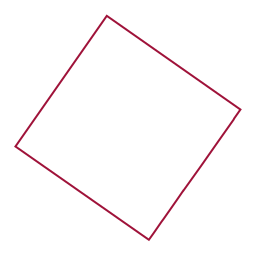 the district of Sherman, Texas, United States of America, rotated 125°
{"feature_id": "52423323B51722927782830", "entity_name": "Sherman", "entity_type": "district", "adm_level": 2, "iso_a3": "USA", "parent_name": "United States of America", "parent_adm1": "Texas", "projection": "mercator", "projection_center": [-101.861, 36.278], "detail": "fine", "context": "isolated", "style": "outline", "palette": "rose", "viewbox_px": 256, "rotation_deg": 125, "n_neighbors": 0, "source": "geoboundaries", "source_scale": "gbopen_adm2", "svg_char_len": 383}
<svg xmlns="http://www.w3.org/2000/svg" viewBox="0 0 256 256"><g transform="rotate(125 128 128)"><path d="M48.3,209.7L207.7,209.6L207.6,46.8L199.9,46.7L198.8,46.7L185.5,46.8L182.4,46.7L161.6,46.7L161.3,46.7L160.9,46.7L160.5,46.7L159.1,46.7L147.7,46.8L147.7,46.7L117.1,46.4L86.9,46.4L60.4,46.3L59.4,46.5L48.4,46.5L48.3,209.7Z" fill="none" stroke="#9f1239" stroke-width="2"/></g></svg>